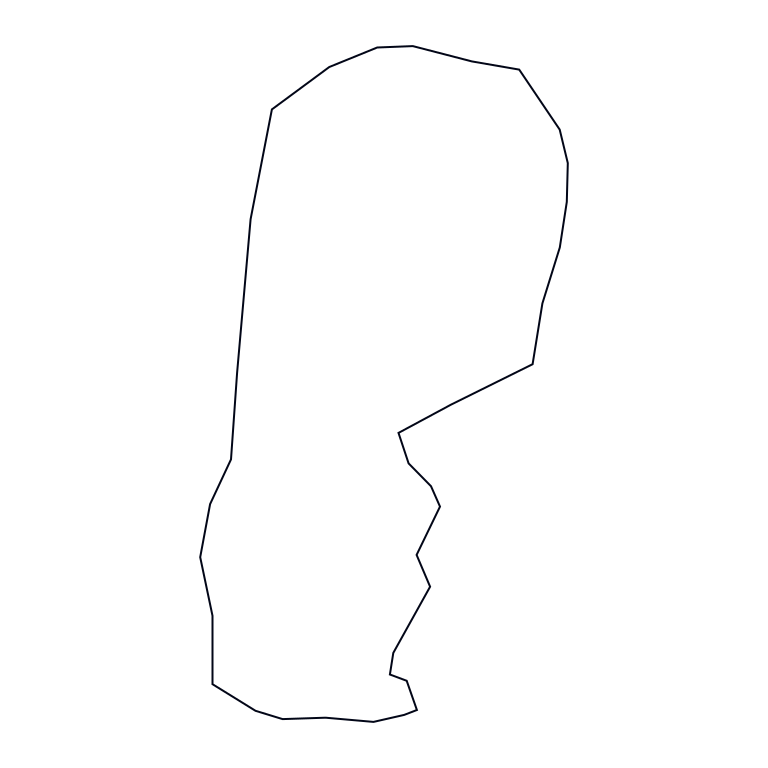 Bangu, Bas-Congo, Democratic Republic of the Congo
{"feature_id": "63176286B31425721317411", "entity_name": "Bangu", "entity_type": "district", "adm_level": 2, "iso_a3": "COD", "parent_name": "Democratic Republic of the Congo", "parent_adm1": "Bas-Congo", "projection": "robinson", "projection_center": [14.457, -5.558], "detail": "fine", "context": "isolated", "style": "outline", "palette": "ink", "viewbox_px": 768, "rotation_deg": 0, "n_neighbors": 0, "source": "geoboundaries", "source_scale": "gbopen_adm2", "svg_char_len": 565}
<svg xmlns="http://www.w3.org/2000/svg" viewBox="0 0 768 768"><path d="M519.2,69.6L471.8,61.4L412.8,46.1L377.2,47.5L329.3,67.0L271.9,109.4L250.6,219.2L237.1,372.8L231.0,459.4L210.1,504.1L200.2,557.2L212.5,615.8L212.5,684.2L255.5,710.8L282.6,719.1L325.6,717.7L373.5,721.9L404.2,714.9L416.9,710.0L406.7,680.8L389.9,674.5L393.3,652.9L430.1,586.7L416.6,554.9L440.0,506.6L431.0,486.2L429.7,484.9L408.6,463.4L398.5,432.9L450.9,404.7L532.6,364.2L542.4,303.4L559.8,247.5L566.8,201.9L567.8,163.1L559.7,129.6L519.2,69.6Z" fill="none" stroke="#020617" stroke-width="2"/></svg>